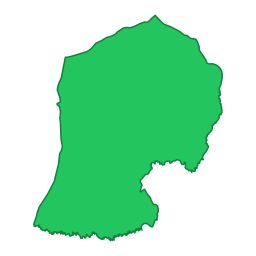 outline of Suwannaphum, Roi Et, Thailand
{"feature_id": "78962969B41807577344670", "entity_name": "Suwannaphum", "entity_type": "district", "adm_level": 2, "iso_a3": "THA", "parent_name": "Thailand", "parent_adm1": "Roi Et", "projection": "robinson", "projection_center": [103.822, 15.606], "detail": "fine", "context": "isolated", "style": "filled", "palette": "green", "viewbox_px": 256, "rotation_deg": 0, "n_neighbors": 0, "source": "geoboundaries", "source_scale": "gbopen_adm2", "svg_char_len": 5895}
<svg xmlns="http://www.w3.org/2000/svg" viewBox="0 0 256 256"><path d="M155.1,15.4L153.8,16.7L152.0,17.9L149.9,20.3L147.4,22.2L144.3,22.1L139.6,23.8L135.1,26.1L130.5,27.7L125.6,27.5L123.0,28.2L117.5,31.9L115.2,34.3L110.5,36.5L106.5,37.5L101.7,40.5L96.3,43.1L95.5,43.7L91.4,48.5L89.4,50.1L86.8,51.7L72.1,56.1L68.1,57.1L65.3,57.4L61.4,77.5L60.0,80.9L59.3,82.1L58.2,85.4L57.6,87.7L57.3,90.0L60.0,98.2L60.5,101.8L57.2,103.5L57.1,104.1L57.2,104.7L58.7,106.0L59.4,106.1L60.5,111.8L60.1,116.7L59.8,117.8L60.4,122.2L61.1,139.6L62.3,145.5L62.3,147.2L61.7,149.6L59.6,154.1L58.5,164.1L54.2,181.6L47.9,193.7L39.1,207.3L37.0,213.7L36.6,215.7L33.8,224.1L34.1,224.2L34.0,225.2L34.9,225.7L34.3,226.0L34.4,226.3L35.4,226.3L35.8,226.0L36.8,225.8L38.2,225.8L38.7,225.3L38.8,225.8L38.6,226.9L38.9,227.0L39.5,226.3L39.5,227.3L40.7,227.7L40.6,228.6L41.3,228.6L41.2,229.3L41.4,229.7L42.1,229.5L42.7,230.3L43.3,230.0L45.0,231.0L46.2,230.1L46.0,229.4L46.8,229.4L46.8,228.9L47.1,229.8L47.7,230.5L48.8,231.5L49.5,231.3L49.5,233.0L51.6,233.1L51.7,234.2L52.0,234.4L53.5,233.9L53.7,233.5L53.5,232.6L54.1,232.7L53.9,232.0L54.1,231.8L55.3,231.8L56.1,232.4L56.6,232.2L56.7,233.2L57.0,233.5L57.5,232.4L58.4,232.8L59.3,231.9L60.5,233.3L60.8,231.5L61.4,231.1L61.9,231.3L62.1,231.7L61.5,232.9L61.7,233.5L63.4,234.0L63.6,233.8L63.4,233.3L63.7,232.6L64.6,232.7L64.7,233.8L65.3,233.9L65.5,234.8L65.8,235.1L68.7,233.6L69.3,234.2L69.4,235.5L70.2,236.1L72.1,235.2L73.4,234.9L73.3,233.9L72.6,232.9L72.8,232.3L73.9,232.7L74.2,233.3L76.2,235.1L76.7,234.3L76.3,233.0L77.0,232.5L78.7,234.6L80.1,235.9L80.8,238.1L81.8,238.4L82.2,238.3L82.2,237.3L83.2,236.2L84.1,236.6L85.0,237.8L85.6,237.9L86.1,236.6L86.5,236.3L86.4,235.2L86.8,234.4L88.0,235.8L88.8,236.4L88.9,236.8L89.9,237.3L90.4,236.6L90.4,235.9L91.0,235.2L92.2,234.8L92.2,233.1L93.4,233.2L93.4,232.7L93.1,232.5L93.2,232.1L94.1,232.5L94.2,233.5L94.6,234.0L95.1,233.1L96.6,234.2L96.7,235.3L97.5,236.3L99.2,238.0L99.9,237.9L100.3,238.6L101.6,239.1L102.2,238.5L102.6,239.2L102.9,239.3L103.1,238.9L104.0,238.7L103.8,237.4L104.0,237.1L106.1,237.2L107.3,238.1L108.7,237.5L109.1,239.1L110.1,238.5L110.7,238.6L110.8,239.3L110.1,240.1L110.5,240.6L111.3,239.7L112.8,240.4L113.1,239.8L112.9,239.0L113.1,238.6L114.0,239.3L113.6,237.3L113.9,237.1L114.3,237.9L114.7,237.5L114.8,236.8L114.1,236.2L114.4,235.6L115.7,235.9L116.2,236.8L117.6,236.0L118.0,235.1L118.6,236.3L119.1,235.9L119.4,234.4L119.9,234.2L121.2,235.0L121.1,235.9L122.1,236.1L122.5,234.9L123.3,234.9L123.9,233.8L124.5,233.7L125.2,234.2L125.2,235.4L126.0,233.9L126.3,234.1L126.3,235.1L126.7,235.3L127.0,233.6L127.3,233.6L127.5,234.1L128.0,233.9L127.7,233.2L127.6,232.1L128.3,232.2L128.1,233.0L129.0,233.3L129.6,233.0L129.7,232.1L129.2,231.5L129.4,230.9L130.0,231.4L130.0,232.2L130.2,232.6L131.5,233.0L132.2,232.3L132.3,231.8L133.2,231.8L132.7,231.3L132.9,231.0L133.4,231.2L134.0,232.0L134.5,232.0L134.8,232.6L135.1,232.0L135.0,231.2L135.7,230.8L135.7,230.0L136.4,230.5L136.9,230.2L136.4,229.0L137.1,228.7L137.5,229.0L137.7,229.9L138.0,229.9L138.3,229.3L138.7,229.4L138.5,230.3L138.7,230.7L139.6,230.2L139.5,229.1L138.7,228.8L138.7,228.5L139.5,228.5L140.1,229.2L140.7,229.2L141.7,229.7L141.2,227.4L141.5,225.8L142.2,224.8L144.0,223.6L145.2,223.4L147.3,223.9L148.3,224.4L150.8,226.6L152.2,226.9L152.5,226.7L153.4,224.7L155.0,220.4L155.9,219.8L156.9,220.1L157.1,219.7L157.0,218.5L157.4,217.2L157.6,215.4L157.3,215.4L157.0,214.7L156.9,214.1L157.5,213.7L157.7,212.0L158.4,211.6L158.1,209.5L158.5,209.1L158.0,208.5L157.7,205.9L155.8,204.6L154.0,204.6L152.6,203.1L151.2,200.3L150.3,197.6L147.4,194.3L144.6,189.4L143.2,190.0L141.0,191.8L140.2,191.6L141.3,186.7L142.0,185.5L141.6,184.2L140.2,181.7L140.4,180.4L145.5,174.5L147.1,174.3L148.5,173.6L148.8,173.1L149.0,172.0L149.6,171.2L150.9,169.6L151.9,168.9L152.2,168.0L151.7,167.4L151.2,167.4L151.1,166.9L151.5,166.2L150.6,165.1L151.4,164.4L151.3,163.8L151.9,162.6L152.3,162.4L153.9,162.9L155.0,163.7L155.3,163.2L155.0,161.1L156.7,161.3L157.1,160.8L157.6,162.0L159.6,161.9L159.7,164.0L160.3,164.0L161.1,163.3L162.7,165.1L163.5,164.6L164.4,164.6L164.9,162.2L166.6,161.4L168.2,161.0L168.8,161.1L169.6,161.7L169.8,162.9L170.6,163.2L172.0,161.8L173.8,160.7L175.7,160.7L176.6,159.7L178.5,160.0L180.0,160.7L180.9,162.1L181.3,163.7L182.2,164.5L183.7,164.5L184.3,163.8L184.3,162.5L185.1,162.6L185.7,165.1L185.1,167.1L185.6,168.2L186.2,168.9L187.6,169.2L188.8,170.7L189.9,170.3L190.4,170.4L191.6,171.8L191.7,170.6L192.0,170.3L193.3,171.4L194.4,171.4L194.8,171.2L195.4,169.7L194.6,168.2L194.7,167.8L194.9,167.7L196.6,168.3L196.9,168.1L197.0,166.2L197.9,165.2L197.7,163.5L198.6,163.0L199.5,163.3L199.8,161.6L201.5,159.1L201.9,159.1L202.9,159.7L203.3,159.5L202.4,157.6L203.4,154.9L206.5,150.9L208.5,147.0L208.3,146.0L207.3,144.9L207.0,143.6L206.0,143.3L206.3,142.3L206.3,141.0L206.7,140.7L206.9,139.8L206.1,138.9L206.4,138.4L206.2,137.9L206.5,137.6L206.3,137.4L206.8,136.7L206.7,136.4L207.1,136.1L206.9,135.8L207.3,135.6L207.4,135.0L207.7,134.6L208.1,134.4L207.9,134.3L208.3,133.8L210.2,132.0L210.4,132.0L210.5,131.5L211.8,130.2L212.4,127.4L212.0,125.7L213.1,125.2L213.9,124.0L214.6,123.7L214.9,123.3L216.0,122.7L215.7,122.4L218.0,120.0L219.1,118.3L219.2,117.1L219.0,116.7L219.5,115.3L219.4,115.1L220.1,114.3L221.0,114.5L221.3,113.9L221.2,113.5L221.9,112.4L221.7,111.2L222.0,110.2L221.4,108.6L221.5,107.7L221.3,107.3L221.5,106.8L220.9,105.4L221.1,104.1L220.6,103.9L220.1,103.3L220.0,101.8L220.3,101.4L220.1,100.0L219.7,99.4L219.6,98.4L218.8,98.1L219.1,95.3L220.1,95.2L220.4,94.5L220.2,93.0L219.3,92.2L219.3,91.5L219.9,91.3L219.9,90.9L219.1,89.0L220.9,84.4L222.1,78.0L222.2,74.9L221.9,72.0L220.5,68.9L218.5,66.6L216.7,65.3L214.3,64.2L212.8,63.9L209.5,63.9L207.2,63.3L205.6,59.6L199.9,51.1L199.2,49.3L199.1,46.5L197.3,41.8L196.1,39.6L195.5,39.1L190.9,38.4L190.0,38.0L187.2,35.6L184.3,35.1L180.0,31.8L178.2,30.7L170.7,26.8L164.2,24.3L162.6,23.2L155.1,15.4Z" fill="#22c55e" stroke="#15803d" stroke-width="1.5"/></svg>